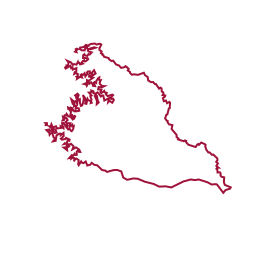 the district of Guia Lopes da Laguna, Mato Grosso do Sul, Brazil, rotated 161°
{"feature_id": "56859067B83170351073830", "entity_name": "Guia Lopes da Laguna", "entity_type": "district", "adm_level": 2, "iso_a3": "BRA", "parent_name": "Brazil", "parent_adm1": "Mato Grosso do Sul", "projection": "albers", "projection_center": [-55.943, -21.55], "detail": "fine", "context": "isolated", "style": "outline", "palette": "rose", "viewbox_px": 256, "rotation_deg": 161, "n_neighbors": 0, "source": "geoboundaries", "source_scale": "gbopen_adm2", "svg_char_len": 6015}
<svg xmlns="http://www.w3.org/2000/svg" viewBox="0 0 256 256"><g transform="rotate(161 128 128)"><path d="M50.2,38.4L55.0,42.7L55.0,45.5L53.1,50.0L55.4,51.4L56.0,52.8L55.2,55.0L55.6,56.2L57.8,56.8L57.1,59.6L57.7,60.6L56.7,61.4L55.3,61.0L56.8,63.4L54.5,65.2L55.6,67.3L53.8,68.6L53.5,70.3L56.0,75.1L57.4,75.3L58.7,78.3L60.0,78.7L61.0,82.1L61.0,85.5L60.1,86.7L60.7,87.8L63.5,90.4L66.4,89.0L66.7,89.9L67.7,89.9L70.3,88.0L76.4,92.6L77.8,96.0L77.2,96.9L78.3,97.7L79.7,97.4L84.4,100.9L83.7,101.7L85.0,103.6L84.3,105.6L87.1,112.8L85.1,116.3L87.9,118.0L88.7,120.4L88.2,121.8L89.0,122.4L89.8,125.0L87.4,128.1L86.4,128.0L83.0,133.2L82.1,133.2L80.0,138.2L80.4,139.2L83.0,138.7L83.2,141.6L85.4,141.7L85.2,145.0L82.7,145.7L82.2,146.6L84.5,147.9L83.3,148.7L83.1,150.3L84.2,151.4L83.4,154.6L84.3,155.7L85.8,155.1L87.3,160.5L88.3,160.8L89.3,163.3L91.4,163.9L93.4,166.4L92.8,169.8L94.8,172.6L95.0,175.1L101.3,175.0L105.0,176.9L106.9,177.0L108.1,179.3L107.9,180.4L109.5,182.5L108.1,183.6L109.5,186.4L110.3,187.3L111.3,186.6L114.9,187.1L116.2,190.1L118.6,191.9L120.1,196.5L121.7,196.6L123.5,199.0L123.5,200.4L127.5,203.2L127.5,204.5L128.3,205.4L127.9,206.2L129.3,207.5L128.0,209.0L129.6,211.0L129.2,212.4L126.1,215.6L127.1,216.8L130.6,217.2L131.8,218.6L135.5,219.5L137.7,219.3L138.5,218.5L140.7,220.3L143.4,219.0L147.1,219.6L148.0,218.6L146.4,216.5L143.7,215.5L141.9,218.2L140.4,218.1L140.7,216.4L139.7,215.2L140.6,214.6L140.5,213.2L137.7,211.3L140.3,209.9L141.3,210.7L143.0,209.4L145.4,210.9L145.3,211.9L146.7,211.4L147.7,208.9L143.5,207.2L143.3,206.0L146.3,204.8L147.5,205.2L147.4,206.3L148.8,206.1L150.7,204.8L149.8,203.6L152.6,203.7L153.0,205.7L154.0,205.7L153.9,206.8L156.1,204.7L158.2,206.0L159.6,205.7L160.5,208.5L163.5,211.3L162.9,209.3L163.7,207.8L164.4,206.7L165.8,207.2L166.1,206.2L167.8,205.7L167.6,204.5L162.2,205.6L162.3,203.1L160.7,203.5L161.2,201.2L157.3,201.4L158.3,198.7L160.2,198.1L161.2,196.6L159.1,196.9L157.8,195.3L158.6,194.6L158.4,193.1L160.0,193.1L159.6,192.1L160.2,191.1L156.8,192.0L155.1,190.8L155.4,193.6L154.3,193.9L153.5,192.7L151.3,193.9L151.5,190.7L149.5,192.2L148.4,191.8L148.8,193.7L147.8,194.5L145.7,194.0L146.2,192.2L144.6,191.7L141.3,193.7L140.9,190.1L143.9,189.2L144.1,190.4L145.3,189.4L147.3,190.2L148.1,189.3L144.7,186.9L150.0,185.4L151.2,186.6L152.2,184.1L155.1,183.9L153.4,182.8L153.3,181.3L150.6,183.6L149.9,182.5L149.2,183.4L148.1,183.3L147.1,180.4L147.4,179.3L145.5,178.3L145.6,182.0L144.6,182.3L143.4,181.0L142.9,182.5L140.0,184.8L138.7,185.1L139.6,183.1L139.4,182.0L138.3,182.0L140.2,179.8L140.1,178.3L138.6,176.1L136.8,175.3L139.6,175.0L142.4,176.3L143.7,174.3L140.7,172.9L142.4,171.0L142.0,169.7L138.4,170.8L138.5,169.3L136.7,168.2L137.9,167.0L136.9,164.8L132.0,164.7L131.4,163.9L135.0,162.0L134.4,160.9L132.5,160.5L132.3,159.0L134.7,157.0L136.6,159.8L138.3,158.9L136.5,162.4L141.4,161.7L140.8,166.7L142.0,167.2L143.4,166.6L145.1,171.6L146.6,171.3L147.9,169.8L148.1,171.4L149.2,172.0L148.7,173.9L150.5,175.4L151.0,173.6L153.4,174.2L151.9,170.6L153.3,170.4L153.3,166.7L154.3,165.1L156.6,167.5L156.8,168.7L159.5,164.4L160.5,165.1L159.8,165.8L158.7,169.9L159.9,173.8L160.1,170.3L162.1,166.8L164.0,164.3L165.3,164.2L165.3,167.3L164.2,170.8L165.3,170.5L165.8,173.0L163.9,175.2L164.6,176.9L167.2,176.1L166.5,175.2L167.1,173.9L167.0,170.1L168.2,167.4L169.1,170.5L170.3,170.4L172.2,173.5L172.4,168.8L171.0,168.5L172.0,166.2L170.5,166.4L169.8,165.7L171.0,163.8L168.2,162.7L168.5,160.2L171.7,160.6L171.8,161.8L173.4,161.3L173.8,162.6L175.1,162.8L174.1,164.7L175.7,166.1L176.7,165.6L175.5,164.8L177.0,163.6L176.8,161.5L178.2,159.2L176.7,158.6L177.2,155.7L178.2,155.6L178.4,157.1L180.6,158.4L181.5,161.3L182.5,160.1L183.7,160.6L184.4,159.3L185.8,160.1L186.1,157.5L187.3,156.5L186.2,156.2L184.7,157.7L183.0,157.6L182.5,155.2L185.1,153.9L184.5,152.6L180.9,151.2L182.7,149.4L182.6,148.2L179.6,149.3L180.0,147.6L178.6,147.6L180.2,144.8L182.3,143.3L183.1,144.3L183.4,146.6L185.0,146.1L185.4,147.1L184.5,151.2L185.6,151.0L186.3,149.8L187.3,153.6L188.6,154.2L189.4,151.5L188.7,149.9L189.1,148.7L191.1,151.5L191.5,149.9L195.2,150.7L195.5,153.1L197.8,153.0L198.7,152.2L199.2,156.5L200.4,154.8L201.9,155.3L200.3,152.8L200.4,151.0L197.1,150.4L197.0,147.0L199.0,147.2L199.5,149.3L202.7,150.8L202.8,152.2L205.8,152.6L204.0,149.0L204.3,147.2L202.8,148.2L201.2,148.0L201.4,143.7L200.4,141.6L203.2,139.8L200.6,139.4L198.0,144.3L194.8,145.0L193.6,144.6L194.0,143.1L190.6,144.3L191.4,141.4L195.0,139.7L194.2,138.5L190.7,138.0L189.8,138.8L187.0,136.1L187.6,135.0L189.0,136.1L190.6,133.8L191.9,133.5L191.4,132.2L191.8,130.8L193.1,129.9L195.1,130.4L192.8,126.9L192.3,129.1L189.8,129.8L190.3,130.9L189.1,131.9L188.3,131.2L187.0,131.6L185.4,128.4L187.5,125.9L183.5,126.6L181.2,123.5L180.9,120.9L182.1,121.3L182.0,122.9L183.2,122.9L184.2,122.3L185.2,119.3L186.7,119.7L186.9,121.0L189.6,119.3L190.0,120.6L193.4,118.7L191.5,118.4L191.8,117.4L190.0,118.0L188.5,117.0L189.9,114.1L188.0,115.8L186.6,115.8L185.1,113.6L186.9,110.0L186.7,108.9L183.2,111.7L182.7,110.0L181.4,109.3L178.9,110.1L178.7,105.8L175.6,105.6L173.7,106.9L171.9,104.2L169.2,102.7L166.2,96.7L163.3,95.1L162.1,93.3L155.4,92.9L151.8,91.8L148.5,89.1L148.6,82.6L145.6,79.3L139.5,78.6L135.4,76.9L129.4,71.6L121.9,66.7L117.6,62.4L111.4,60.6L106.4,57.7L93.1,59.4L85.4,58.9L81.6,56.9L77.9,56.3L70.6,50.9L67.4,47.4L63.2,46.3L62.2,45.5L59.0,35.7L55.9,37.6L51.5,37.4L50.2,38.4ZM147.9,169.8L146.9,168.4L147.7,164.5L147.4,161.7L149.8,160.7L148.5,163.7L149.0,169.1L147.9,169.8ZM138.8,215.5L133.7,215.3L132.6,214.5L137.7,214.6L138.8,215.5ZM177.2,155.7L174.8,157.0L174.1,156.2L176.2,154.2L177.4,154.1L177.2,155.7ZM166.5,175.2L165.1,175.5L165.5,174.3L166.5,175.2ZM154.3,165.1L154.1,163.7L155.1,163.7L154.3,165.1ZM204.1,158.3L204.8,157.5L203.7,157.1L203.1,159.0L204.5,159.5L204.1,158.3ZM176.7,165.6L178.0,166.9L178.3,165.3L177.2,164.6L176.7,165.6ZM152.1,217.8L151.0,218.6L149.8,218.7L150.6,219.7L151.8,219.5L152.1,217.8ZM152.1,217.8L153.1,217.4L152.0,216.6L152.1,217.8ZM191.9,133.5L192.6,134.2L193.6,133.7L191.9,133.5Z" fill="none" stroke="#9f1239" stroke-width="2"/></g></svg>